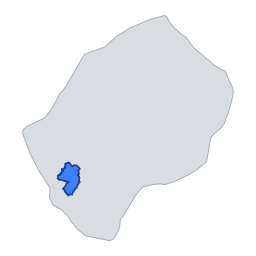 Thaba-Mokhele, Mohale's Hoek, Lesotho shown in context
{"feature_id": "5366337B93418008192528", "entity_name": "Thaba-Mokhele", "entity_type": "district", "adm_level": 2, "iso_a3": "LSO", "parent_name": "Lesotho", "parent_adm1": "Mohale's Hoek", "projection": "natural_earth1", "projection_center": [27.545, -30.078], "detail": "fine", "context": "in_parent", "style": "filled", "palette": "blue", "viewbox_px": 256, "rotation_deg": 0, "n_neighbors": 0, "source": "geoboundaries", "source_scale": "gbopen_adm2", "svg_char_len": 5316}
<svg xmlns="http://www.w3.org/2000/svg" viewBox="0 0 256 256"><path d="M174.1,181.6L166.0,184.3L164.9,184.5L159.7,183.9L152.8,184.5L147.4,186.0L143.2,186.6L136.3,194.3L123.7,215.2L120.4,219.6L119.4,227.8L116.5,234.3L113.0,239.4L109.5,240.6L99.1,238.6L85.8,236.0L78.0,229.7L71.1,221.4L67.5,215.4L63.7,212.1L62.3,210.2L56.9,207.4L54.9,206.0L53.1,205.0L50.9,200.9L49.6,197.5L50.1,187.8L46.2,182.0L39.7,172.1L35.5,164.0L29.9,153.0L26.4,143.5L22.8,133.7L23.2,129.5L26.7,126.6L36.7,121.7L44.6,117.9L50.2,110.9L56.3,100.5L59.3,94.2L62.2,91.3L65.5,86.9L71.2,77.1L77.5,66.2L84.3,54.5L92.8,51.1L104.5,47.2L115.7,37.0L129.1,28.4L150.7,19.1L160.8,16.7L164.6,15.4L167.0,17.1L169.6,22.5L173.2,26.9L181.7,34.7L185.3,36.6L194.1,48.1L203.4,56.0L214.2,65.1L221.5,69.7L225.3,70.9L228.4,79.0L231.5,85.0L233.2,90.6L232.9,96.0L229.4,109.4L224.4,123.1L220.3,128.8L215.5,132.3L210.7,137.7L208.8,148.7L206.6,161.6L200.4,166.9L195.6,170.4L188.9,174.6L174.1,181.6Z" fill="#d9dde1" stroke="#a8b0b8" stroke-width="1"/><path d="M79.7,182.6L79.8,182.3L79.6,181.9L79.6,181.5L78.9,181.1L79.1,180.8L79.1,180.6L79.2,180.4L79.1,180.0L79.2,179.5L79.5,178.9L79.3,178.5L79.2,178.3L79.3,177.6L79.5,177.3L79.2,177.0L79.2,176.7L79.2,176.4L79.0,176.2L78.8,176.1L78.3,176.0L78.2,175.7L77.9,175.6L77.7,175.5L77.7,175.3L77.7,175.1L78.1,174.9L78.3,174.5L78.5,174.4L78.8,174.4L78.9,174.0L78.8,173.6L78.6,173.5L78.9,172.9L78.9,172.6L78.8,172.3L78.8,172.1L78.8,171.9L78.6,171.8L78.5,171.7L78.4,171.4L78.3,171.2L78.5,170.9L78.5,170.4L78.4,170.2L78.5,170.0L78.9,169.9L79.1,169.8L79.7,169.0L79.8,168.8L79.8,168.6L79.5,168.4L79.5,168.2L79.1,167.6L78.8,167.1L78.1,166.7L77.2,166.0L77.0,165.9L76.8,165.4L76.4,165.2L75.0,165.3L74.6,165.3L74.3,165.1L74.0,165.1L73.9,165.3L73.7,165.6L73.4,165.9L73.3,166.2L73.3,166.3L73.2,166.4L72.9,166.4L72.8,166.5L72.7,166.5L72.7,166.4L72.5,166.2L72.4,166.4L72.2,166.5L72.1,166.4L72.1,166.2L71.8,166.0L71.7,165.8L71.6,165.7L71.2,165.4L71.0,165.0L71.0,164.8L71.0,164.7L70.9,164.6L70.8,164.4L70.6,164.3L70.1,163.6L69.9,163.4L69.7,162.9L69.4,162.8L69.4,162.7L69.1,162.6L68.9,162.5L68.7,162.9L68.6,163.0L68.4,162.6L68.2,162.5L68.1,162.4L67.8,162.5L67.6,162.8L67.3,162.9L67.0,163.0L66.9,163.1L66.8,163.5L66.7,163.5L66.6,163.4L66.5,163.2L66.4,163.0L66.2,163.0L66.1,163.4L65.9,163.9L65.8,164.0L65.7,164.0L65.4,163.9L65.1,163.9L65.0,164.3L65.0,164.8L65.4,165.0L65.5,165.1L65.6,165.3L65.5,165.8L65.5,166.3L65.4,166.5L65.1,166.3L64.8,166.5L64.7,166.7L64.7,166.9L64.7,167.1L64.8,167.3L64.9,167.5L64.9,167.8L64.7,167.7L64.4,167.8L64.2,168.1L64.1,168.4L64.0,168.5L63.7,168.5L63.5,168.8L63.4,168.9L63.3,169.0L63.0,168.9L62.9,169.0L62.7,169.1L62.4,169.1L62.1,168.9L61.8,169.0L61.8,169.4L61.8,169.5L62.0,169.7L62.3,169.6L62.8,169.7L62.9,169.9L63.0,170.0L63.4,170.5L63.3,170.9L63.3,171.1L63.1,171.1L62.9,170.9L62.6,170.8L62.3,170.9L62.2,171.1L61.8,171.1L61.7,171.1L61.7,171.3L61.8,171.5L61.7,172.3L61.6,172.5L61.4,172.6L61.2,172.6L60.8,172.5L60.7,172.6L60.5,172.9L60.5,173.0L60.9,173.4L61.0,173.6L61.2,173.9L60.9,174.1L60.7,174.1L60.2,173.9L60.0,174.1L60.1,174.3L60.2,174.5L60.5,174.3L60.5,174.6L60.1,175.1L59.8,175.2L59.0,175.2L58.8,175.2L58.7,175.0L58.4,175.2L58.3,175.3L58.2,175.4L57.9,175.4L57.8,175.5L58.1,175.8L58.0,176.0L57.9,176.4L57.9,176.5L58.1,176.9L58.2,177.1L58.2,177.4L57.9,177.8L57.6,178.2L57.5,178.3L57.5,178.5L58.2,179.0L58.4,179.3L58.6,179.3L58.7,179.2L58.8,179.3L59.0,179.3L59.1,179.7L59.3,179.8L59.5,179.8L59.7,180.0L59.9,179.9L60.0,179.9L60.5,179.9L60.9,179.9L61.1,179.9L61.6,180.0L61.8,179.9L61.9,180.0L62.1,180.1L62.3,180.1L62.6,180.2L62.8,180.2L62.9,180.3L63.0,180.4L63.1,180.5L63.4,180.4L63.5,180.5L64.0,180.8L64.4,181.0L64.8,181.1L65.2,181.2L65.4,181.2L65.4,180.9L65.5,181.0L65.7,181.3L65.8,181.3L66.0,181.2L66.0,181.3L66.7,181.7L67.1,181.8L67.5,181.7L67.9,181.7L68.0,181.9L68.0,182.0L68.3,182.2L68.6,182.3L68.4,182.4L68.3,182.5L67.7,182.5L67.4,182.9L67.2,182.9L67.0,183.1L66.9,183.3L66.7,183.3L66.5,183.6L66.3,183.6L66.2,184.2L66.1,184.4L66.0,184.6L65.9,184.8L65.7,185.0L65.5,185.6L65.4,186.3L64.9,186.6L64.7,186.7L64.6,186.9L64.0,187.6L63.6,187.8L63.5,188.2L63.4,188.3L63.1,188.5L63.0,188.8L62.9,189.0L63.2,189.0L63.3,189.1L63.8,189.3L64.0,189.5L64.2,189.8L64.3,190.1L64.5,190.2L64.5,190.4L64.6,190.5L64.6,190.8L64.7,191.0L64.7,191.4L64.8,191.5L64.7,191.6L64.8,191.7L65.3,191.9L65.2,192.0L65.4,192.3L65.5,192.5L65.8,192.7L66.1,192.6L66.3,192.7L66.3,192.8L66.2,193.1L66.3,193.5L66.5,193.7L66.5,193.8L66.9,194.1L67.0,194.2L67.1,194.3L67.3,194.1L67.4,194.3L67.5,194.3L67.5,194.5L67.7,194.8L67.8,195.1L68.1,195.2L68.1,195.3L68.2,195.5L68.3,195.5L68.6,195.6L68.7,195.3L69.0,195.1L69.4,194.8L69.5,194.8L69.9,194.6L70.0,194.5L70.3,194.5L70.4,194.4L70.5,194.3L70.7,194.2L71.3,194.4L71.7,194.5L72.0,194.7L72.2,194.3L72.3,194.3L72.4,194.2L72.2,193.8L72.1,193.7L72.6,192.9L73.0,192.4L73.2,192.2L73.4,191.8L73.4,191.6L73.6,191.6L73.6,191.3L73.8,191.1L73.8,190.8L73.9,190.6L74.4,190.3L74.6,190.0L74.8,189.9L74.9,189.6L74.7,189.2L74.8,189.1L74.9,188.8L75.2,188.8L75.2,188.7L75.4,188.8L75.5,188.5L75.7,188.3L75.7,188.2L76.0,188.2L76.4,188.0L76.4,187.9L76.5,187.8L76.6,187.7L76.8,187.7L76.9,187.2L77.0,187.1L77.0,186.9L77.1,186.4L77.2,186.2L77.3,186.0L77.5,185.2L77.8,185.1L77.9,184.6L77.9,184.4L78.0,184.3L78.2,184.2L78.6,183.8L78.8,183.0L79.0,182.9L79.3,182.7L79.5,182.7L79.7,182.6Z" fill="#3b82f6" stroke="#1e3a8a" stroke-width="1.5"/></svg>